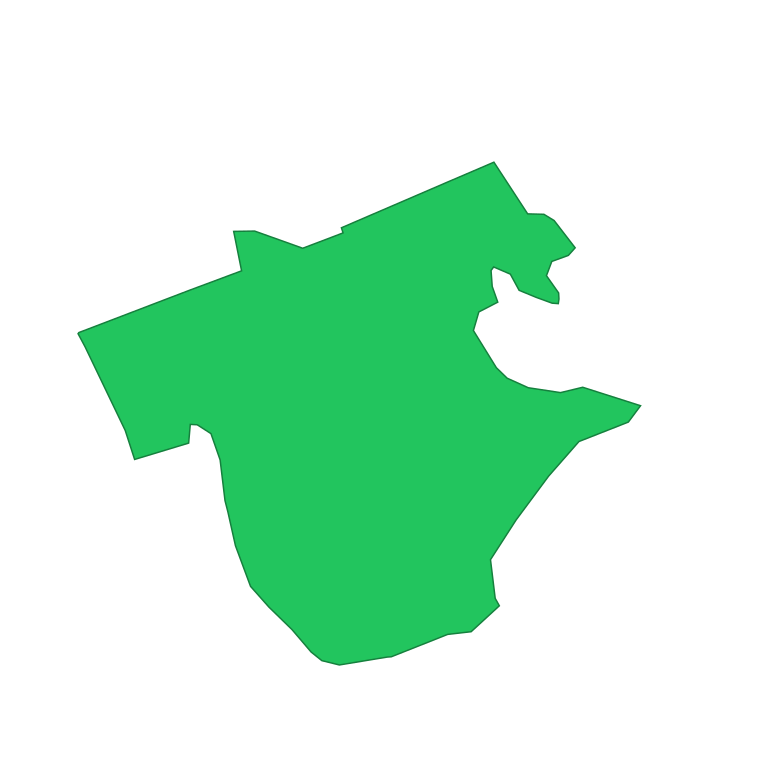 Bronx, New York, United States of America (Mercator projection), rotated 318°
{"feature_id": "52423323B44038614744637", "entity_name": "Bronx", "entity_type": "district", "adm_level": 2, "iso_a3": "USA", "parent_name": "United States of America", "parent_adm1": "New York", "projection": "mercator", "projection_center": [-73.846, 40.852], "detail": "fine", "context": "isolated", "style": "filled", "palette": "green", "viewbox_px": 768, "rotation_deg": 318, "n_neighbors": 0, "source": "geoboundaries", "source_scale": "gbopen_adm2", "svg_char_len": 987}
<svg xmlns="http://www.w3.org/2000/svg" viewBox="0 0 768 768"><g transform="rotate(318 384 384)"><path d="M560.1,571.8L529.5,519.4L509.4,508.5L488.7,483.3L479.4,462.1L478.4,447.1L486.2,404.1L502.7,393.9L523.3,399.3L529.7,383.9L539.5,371.3L543.8,370.4L551.4,386.9L547.1,404.8L555.1,421.5L563.0,436.4L567.3,440.9L570.9,437.9L574.7,433.2L577.2,412.2L590.7,405.2L607.1,411.8L617.2,410.7L619.8,376.4L616.4,364.9L604.6,353.7L614.1,292.7L567.7,276.9L456.9,239.4L454.7,244.3L445.8,240.9L414.4,228.7L390.2,183.8L374.4,170.0L353.9,204.6L303.0,184.5L191.7,141.6L190.3,141.9L186.7,156.5L186.6,156.8L160.6,245.4L148.2,273.2L199.3,297.2L213.0,284.4L217.9,289.3L222.2,305.1L211.4,330.8L187.8,364.3L182.4,374.6L165.4,404.8L149.4,445.1L149.2,472.9L151.3,505.0L150.5,534.5L152.7,548.0L162.8,562.9L203.7,589.1L206.9,591.6L263.8,612.7L283.0,626.4L321.3,626.0L323.2,617.7L345.6,585.8L391.3,573.4L444.8,562.6L490.4,557.2L540.1,575.8L560.1,571.8Z" fill="#22c55e" stroke="#15803d" stroke-width="1.5"/></g></svg>